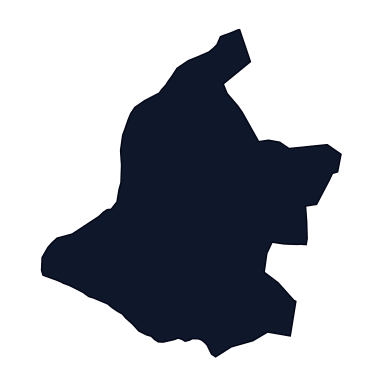 Ibarapa Central, Oyo, Nigeria, rotated 92°
{"feature_id": "59680162B68133263226567", "entity_name": "Ibarapa Central", "entity_type": "district", "adm_level": 2, "iso_a3": "NGA", "parent_name": "Nigeria", "parent_adm1": "Oyo", "projection": "equal_earth", "projection_center": [3.256, 7.422], "detail": "fine", "context": "isolated", "style": "filled", "palette": "ink", "viewbox_px": 384, "rotation_deg": 92, "n_neighbors": 0, "source": "geoboundaries", "source_scale": "gbopen_adm2", "svg_char_len": 1831}
<svg xmlns="http://www.w3.org/2000/svg" viewBox="0 0 384 384"><g transform="rotate(92 192 192)"><path d="M28.1,150.1L28.5,152.1L30.8,156.9L32.5,160.8L34.1,165.0L35.8,169.0L39.9,170.6L44.0,172.2L48.1,176.1L51.6,180.1L57.9,193.5L60.8,200.1L66.8,208.4L68.9,211.2L77.3,216.3L82.0,219.5L86.1,221.9L90.8,225.9L94.3,228.2L97.5,233.9L97.9,234.6L100.1,238.5L102.4,242.5L105.2,246.3L109.4,252.0L115.8,256.0L122.3,258.4L123.7,258.8L127.5,260.0L131.2,261.1L132.8,261.6L137.5,263.2L152.8,264.8L161.0,264.0L167.5,263.3L172.1,263.3L175.7,263.3L185.1,263.3L192.1,265.0L204.5,266.6L209.5,270.3L212.1,272.1L212.6,276.1L214.2,278.3L215.5,280.1L216.0,280.5L219.6,284.0L235.9,307.0L238.2,310.2L242.8,325.2L247.5,330.0L252.2,333.9L262.7,339.5L267.4,339.5L275.6,339.6L280.3,338.0L281.3,335.1L284.6,324.6L286.4,319.8L287.6,317.5L289.4,311.9L291.1,308.0L295.9,297.7L300.1,291.4L301.3,286.7L303.7,280.4L306.7,272.5L310.3,267.8L313.8,262.3L316.2,257.5L320.4,253.6L326.3,246.5L332.8,240.2L334.6,236.3L336.4,232.3L336.9,230.2L337.6,227.6L340.6,224.4L342.9,220.5L343.0,215.7L340.1,204.7L338.4,200.7L339.6,196.8L341.4,193.6L340.2,189.6L338.5,186.5L338.5,180.2L339.7,177.0L342.1,173.9L344.5,171.5L350.4,168.4L353.3,166.8L355.9,162.7L345.4,147.4L338.5,126.0L329.3,111.6L332.4,88.8L297.7,84.4L296.6,86.6L279.7,102.8L269.7,117.1L250.7,115.1L239.3,110.2L239.5,108.2L239.8,106.3L240.0,104.3L240.3,101.8L240.6,98.6L240.7,96.4L240.7,94.4L240.7,92.4L240.7,89.4L240.7,87.4L240.7,85.9L240.6,84.5L240.6,83.5L240.4,82.4L240.4,80.8L240.5,79.6L240.5,78.6L240.5,77.2L240.6,76.1L234.7,75.3L217.4,76.4L202.7,78.0L202.1,78.1L200.0,67.1L175.7,55.4L168.5,52.3L166.8,47.2L149.1,44.4L140.0,58.5L145.2,96.6L139.2,106.1L137.6,117.3L139.4,127.1L110.8,144.5L104.4,149.3L92.2,160.5L91.8,160.6L82.9,164.6L59.7,138.2L28.1,150.1Z" fill="#0f172a" stroke="#020617" stroke-width="1.5"/></g></svg>